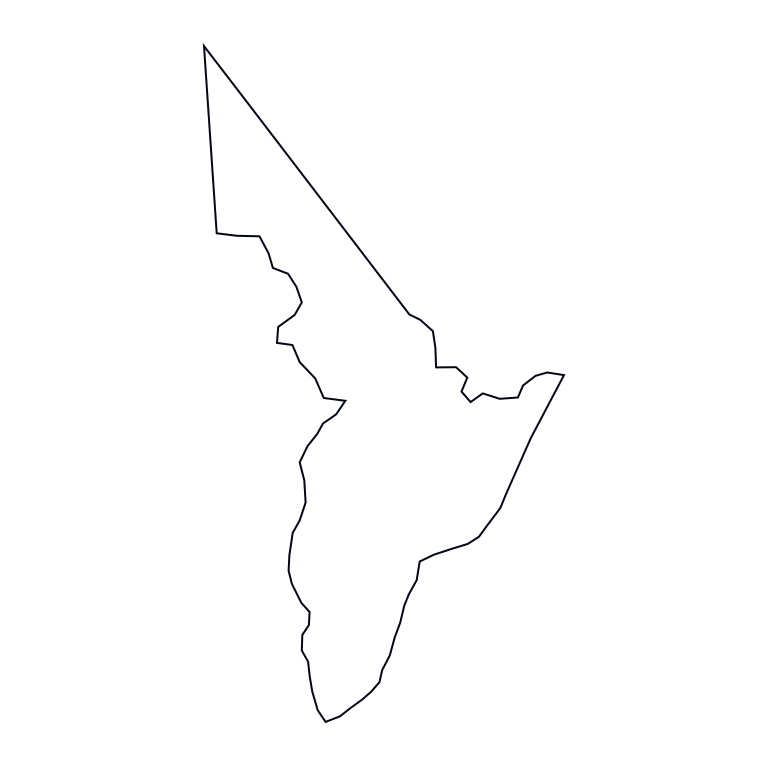 Caldas Brandão, Paraíba, Brazil (orthographic projection)
{"feature_id": "56859067B83416177856434", "entity_name": "Caldas Brandão", "entity_type": "district", "adm_level": 2, "iso_a3": "BRA", "parent_name": "Brazil", "parent_adm1": "Paraíba", "projection": "orthographic", "projection_center": [-35.337, -7.114], "detail": "fine", "context": "isolated", "style": "outline", "palette": "ink", "viewbox_px": 768, "rotation_deg": 0, "n_neighbors": 0, "source": "geoboundaries", "source_scale": "gbopen_adm2", "svg_char_len": 1074}
<svg xmlns="http://www.w3.org/2000/svg" viewBox="0 0 768 768"><path d="M564.0,375.1L547.2,372.5L535.6,375.8L523.0,385.5L517.9,397.5L499.7,398.8L482.7,393.4L470.6,402.1L461.5,391.6L467.3,377.6L456.1,367.2L436.1,367.4L435.4,347.8L432.9,331.2L420.5,320.0L409.3,314.4L249.6,105.5L204.0,46.1L216.7,233.3L237.2,235.8L259.5,236.3L268.6,253.4L272.9,268.0L288.1,273.8L296.4,286.8L301.8,302.4L294.7,314.9L278.2,326.9L277.0,342.9L292.4,345.0L299.7,362.1L315.2,378.4L323.8,398.0L345.3,400.8L336.2,414.3L323.0,423.5L317.2,434.0L307.6,446.0L299.7,462.3L304.3,480.4L305.6,502.6L299.7,520.4L292.7,532.9L289.4,555.1L288.6,570.7L291.9,583.9L301.5,603.1L309.6,612.0L308.9,625.0L302.3,635.0L301.8,650.5L308.1,661.7L309.6,675.5L312.2,691.3L317.7,710.2L325.6,721.9L340.0,716.3L350.4,708.1L362.0,699.7L371.1,691.8L379.5,682.1L382.2,670.1L389.8,655.4L394.6,637.8L400.2,622.7L404.3,605.6L408.8,594.4L416.7,580.1L419.7,561.5L434.1,554.6L452.8,548.5L467.8,543.9L478.9,536.8L486.2,526.8L500.4,507.9L505.7,494.9L516.6,470.2L530.8,438.1L564.0,375.1Z" fill="none" stroke="#020617" stroke-width="2"/></svg>